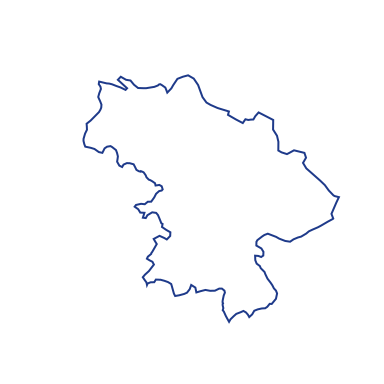 Kirkuk, At-Ta'mim, Iraq (Natural Earth projection), rotated 300°
{"feature_id": "34846034B87837000735792", "entity_name": "Kirkuk", "entity_type": "district", "adm_level": 2, "iso_a3": "IRQ", "parent_name": "Iraq", "parent_adm1": "At-Ta'mim", "projection": "natural_earth1", "projection_center": [44.437, 35.515], "detail": "fine", "context": "isolated", "style": "outline", "palette": "blue", "viewbox_px": 384, "rotation_deg": 300, "n_neighbors": 0, "source": "geoboundaries", "source_scale": "gbopen_adm2", "svg_char_len": 3443}
<svg xmlns="http://www.w3.org/2000/svg" viewBox="0 0 384 384"><g transform="rotate(300 192 192)"><path d="M98.1,289.0L101.0,289.0L105.3,290.2L108.6,291.3L112.3,294.3L114.7,296.0L114.7,298.9L113.7,301.8L112.3,304.1L116.1,305.3L120.3,305.3L123.2,307.6L126.0,310.6L127.9,313.5L130.2,314.6L134.0,315.2L134.9,317.0L141.5,318.1L146.7,316.4L148.6,314.0L149.5,311.1L151.4,308.2L152.8,305.3L154.7,300.7L157.5,296.6L159.0,294.8L160.4,289.6L161.8,287.8L162.3,283.8L164.6,280.9L168.4,278.5L169.8,281.4L170.3,284.4L172.6,285.5L175.9,283.8L177.8,280.3L177.8,274.5L181.1,272.7L183.0,272.7L188.6,275.0L191.0,276.2L193.8,278.5L195.2,287.3L195.2,290.8L196.2,297.2L198.0,301.8L201.8,303.6L205.6,306.5L207.9,308.8L213.1,311.7L216.4,312.9L219.7,315.2L224.4,318.7L227.3,320.5L234.3,324.5L239.0,327.4L239.6,327.6L242.8,323.7L254.9,322.3L261.0,321.8L259.8,317.6L259.8,316.2L261.7,309.7L264.4,303.6L265.9,297.5L268.1,286.7L269.6,279.2L272.7,273.6L278.7,273.6L282.1,269.8L279.1,259.5L274.5,256.7L272.3,255.3L271.1,249.7L271.1,246.0L278.7,241.7L283.2,237.5L286.6,231.0L294.3,226.7L295.0,226.3L294.2,209.9L289.3,208.9L286.6,208.9L285.5,208.9L284.0,206.6L282.5,204.7L281.7,201.9L277.1,201.5L276.8,194.0L276.8,188.8L276.8,184.6L280.2,183.7L277.8,173.4L277.5,171.9L276.7,164.5L276.7,159.8L279.4,153.7L281.4,151.3L287.7,143.8L291.1,136.8L291.1,130.3L287.3,126.5L282.7,122.8L275.2,122.3L271.4,122.3L265.7,120.9L267.6,118.6L269.1,116.7L269.5,112.5L269.5,110.6L268.7,109.7L267.2,109.2L264.2,106.8L258.9,100.3L257.8,98.4L255.1,93.3L255.9,88.1L256.6,86.2L257.8,83.0L256.2,78.8L256.2,72.7L252.1,71.7L249.4,83.9L247.2,83.4L246.8,77.8L246.0,73.6L245.3,68.9L244.5,66.1L243.4,63.8L241.2,56.4L238.8,57.3L237.5,60.0L235.7,61.6L231.1,62.3L227.4,63.3L226.4,64.6L224.8,66.9L222.4,69.9L219.7,71.2L217.6,71.5L214.7,71.5L207.0,69.5L203.2,68.5L198.4,66.6L196.1,68.2L193.4,69.9L189.1,70.2L183.8,71.5L182.0,72.5L179.6,74.8L177.9,76.9L179.6,82.1L180.5,86.0L180.0,91.4L181.1,94.8L186.1,94.5L188.8,95.8L191.0,98.5L191.0,100.3L190.3,105.2L188.4,107.5L185.8,110.0L183.4,111.0L180.8,112.0L178.5,115.9L178.7,119.0L181.5,119.0L184.4,121.1L185.8,123.7L186.8,127.6L185.3,130.0L183.4,132.8L183.4,135.5L183.9,137.3L184.5,137.3L184.8,139.3L184.8,140.4L183.3,143.6L182.0,145.2L181.1,148.4L181.4,150.0L181.4,152.4L181.1,155.6L179.4,157.2L180.9,159.1L181.8,160.2L181.8,162.9L179.6,165.3L178.1,165.0L176.4,163.1L172.5,161.8L168.4,162.0L163.2,161.5L161.5,158.6L157.8,157.2L156.3,153.8L152.8,150.0L150.6,149.7L150.2,154.0L148.3,157.5L150.2,161.2L145.2,162.3L146.3,165.0L149.6,165.0L154.5,167.7L156.0,171.4L155.0,174.1L152.8,177.0L149.6,181.1L149.6,182.5L146.7,183.5L146.3,188.7L146.3,193.4L143.0,195.1L138.3,193.9L138.3,191.0L137.8,185.8L132.2,182.3L131.2,184.0L129.3,187.5L125.6,187.5L120.4,187.5L120.1,187.5L119.0,187.3L118.3,187.5L118.0,187.6L117.1,187.3L113.9,186.1L111.7,186.3L111.6,189.5L111.8,192.6L110.1,195.3L106.4,194.8L101.9,194.2L96.9,192.6L93.6,192.0L92.1,195.1L90.9,197.8L89.0,199.5L90.6,199.3L93.1,201.3L95.0,204.4L98.1,204.5L100.3,208.7L101.3,212.5L102.0,216.3L101.9,220.0L100.1,221.9L95.0,227.1L93.5,229.4L96.1,232.5L99.8,236.2L102.3,238.0L106.7,238.6L111.1,237.8L110.9,242.7L107.2,246.0L110.5,249.1L113.9,252.6L115.5,257.1L118.0,261.2L122.0,263.9L123.3,266.2L122.8,269.4L121.3,270.8L118.3,271.2L113.7,272.7L111.9,273.5L111.1,274.6L110.3,274.5L109.1,275.3L107.1,277.2L105.0,277.7L104.4,279.3L102.9,281.4L101.6,283.2L100.3,285.3L98.1,289.0Z" fill="none" stroke="#1e3a8a" stroke-width="2"/></g></svg>